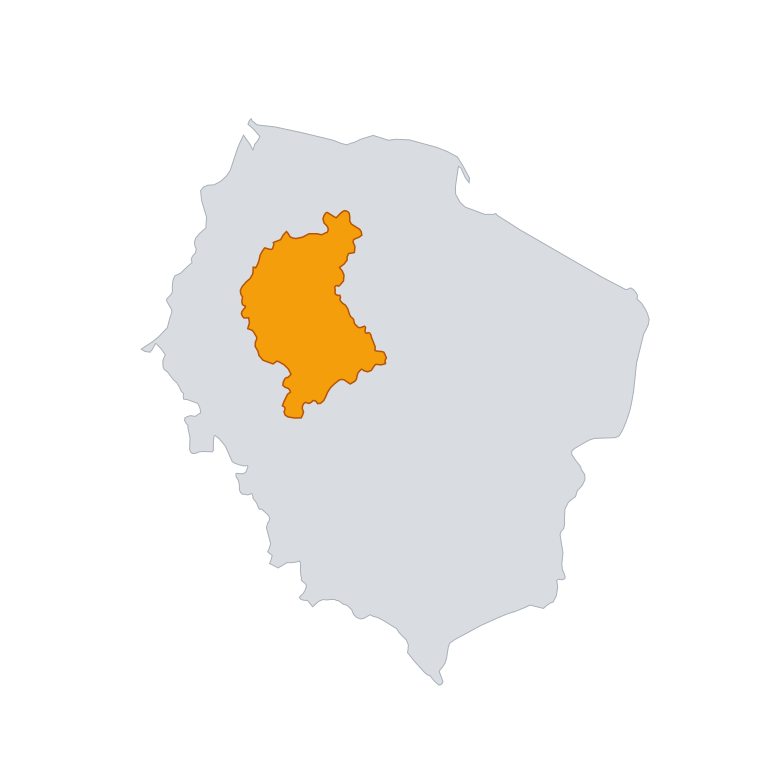 Greater Poland on a map of Poland (Albers equal-area conic projection), rotated 30°
{"feature_id": "POL-3144", "entity_name": "Greater Poland", "entity_type": "Voivodeship", "adm_level": 1, "iso_a3": "POL", "parent_name": "Poland", "parent_adm1": "", "projection": "albers", "projection_center": [17.345, 52.331], "detail": "fine", "context": "in_parent", "style": "filled", "palette": "amber", "viewbox_px": 768, "rotation_deg": 30, "n_neighbors": 0, "source": "natural_earth", "source_scale": "10m", "svg_char_len": 6424}
<svg xmlns="http://www.w3.org/2000/svg" viewBox="0 0 768 768"><g transform="rotate(30 384 384)"><path d="M607.3,409.7L610.5,415.1L611.9,419.5L611.1,423.0L611.8,426.5L623.3,440.6L628.1,451.2L631.0,455.2L637.2,460.2L637.9,462.4L635.8,464.7L632.6,465.9L631.8,467.9L635.8,472.7L639.1,481.1L639.5,488.2L637.7,490.2L635.6,494.6L634.3,498.6L620.9,502.5L618.0,506.9L611.2,515.5L606.5,520.5L599.6,529.4L588.7,544.6L573.1,569.9L570.5,575.6L571.4,580.1L575.4,590.5L576.4,595.2L576.2,599.7L575.4,603.7L575.7,605.5L583.8,612.2L584.2,613.7L583.7,615.7L582.2,617.3L576.3,616.2L569.5,613.6L567.3,614.2L563.8,613.7L548.8,608.8L538.7,604.9L537.6,601.9L535.5,597.7L531.1,594.4L521.4,591.8L517.4,589.6L501.9,589.1L495.2,589.4L490.5,590.7L487.4,590.7L483.6,597.3L480.8,599.4L476.6,599.8L472.8,598.8L468.9,595.6L462.8,594.1L458.5,595.1L455.2,594.5L452.4,594.5L451.5,595.2L449.3,595.2L446.1,596.9L442.7,599.4L438.8,601.3L436.0,605.1L433.6,612.6L425.9,609.6L423.4,611.1L419.8,612.1L417.3,611.2L417.8,608.7L418.8,605.8L418.7,601.8L417.8,597.5L415.4,596.1L411.9,595.7L410.0,594.9L409.8,593.4L407.9,591.6L404.7,587.0L401.6,581.2L399.5,579.5L396.6,582.4L392.2,585.7L389.5,586.9L384.3,596.2L374.7,596.7L374.0,592.4L372.9,588.4L367.2,587.5L367.0,585.0L365.7,579.0L354.2,567.4L352.7,562.5L353.1,560.6L352.3,557.5L349.8,555.6L340.9,553.5L338.6,554.8L336.6,553.5L333.3,550.8L327.7,548.5L327.0,547.3L325.0,545.3L323.9,545.1L323.2,546.3L321.6,548.1L315.8,550.3L313.5,549.4L311.4,547.5L309.0,543.4L305.5,539.8L302.7,538.6L301.1,536.7L300.7,535.2L307.0,532.2L308.4,529.1L307.5,523.6L306.6,522.9L304.1,524.8L298.8,526.5L294.0,527.2L291.5,527.2L277.7,517.1L268.8,513.9L263.5,513.0L262.9,514.0L265.3,519.7L269.4,526.8L269.2,528.6L261.4,532.7L258.0,535.1L255.2,538.5L252.7,540.0L250.6,539.6L248.4,537.9L242.8,527.5L235.7,519.5L234.9,517.7L232.6,517.2L229.5,515.3L228.5,512.9L230.1,510.4L232.3,508.1L236.2,506.7L237.4,505.4L238.1,503.4L239.6,500.8L239.2,499.8L236.5,496.8L232.5,493.9L221.2,495.9L218.1,497.3L216.4,495.3L215.1,492.4L212.3,491.8L208.5,489.1L203.9,486.5L199.4,485.6L190.2,481.7L186.6,481.4L184.5,480.1L182.5,477.2L180.7,474.1L179.9,467.9L173.2,464.9L166.4,462.9L165.9,463.8L166.0,470.1L165.5,473.4L160.9,475.3L156.4,475.3L156.7,474.3L162.4,463.2L165.1,456.2L168.2,443.4L165.3,433.1L164.5,428.3L163.1,425.9L154.0,420.6L153.4,418.9L155.0,412.2L154.4,409.3L152.3,406.2L149.6,400.2L148.7,395.1L152.6,389.3L155.5,379.0L157.1,374.9L154.7,372.5L154.2,369.2L155.1,364.5L153.9,361.0L150.8,358.6L148.8,355.5L148.0,351.7L149.0,345.9L151.7,338.0L146.9,328.2L134.4,316.4L128.5,308.3L129.2,303.8L132.1,299.9L137.2,296.5L141.2,290.2L143.6,282.6L144.0,275.7L139.3,253.0L138.6,247.4L137.9,238.7L148.9,243.9L153.4,246.8L153.0,243.8L152.1,241.2L152.9,237.4L152.8,231.7L142.9,228.3L136.3,227.1L135.7,223.1L136.4,220.6L138.2,222.1L144.7,223.0L161.0,215.9L188.9,206.9L218.5,198.2L225.4,197.3L232.3,195.5L234.9,192.0L237.4,189.7L241.5,183.6L250.4,174.1L266.0,170.7L271.8,166.2L283.9,159.9L311.4,152.7L322.9,151.0L334.1,150.7L344.2,156.2L355.0,162.9L357.0,167.1L351.2,164.6L342.7,158.5L339.6,158.3L347.1,177.2L351.1,183.8L359.2,188.7L365.9,190.2L386.5,186.7L393.7,182.5L395.7,180.4L397.6,181.3L424.7,182.5L518.6,182.5L545.5,181.4L547.1,180.8L549.6,177.4L553.0,177.5L557.1,179.2L559.1,180.5L560.0,182.2L560.6,184.0L562.8,184.3L566.9,185.4L572.5,188.3L577.0,191.3L581.4,195.6L583.2,200.7L583.8,206.7L583.8,210.6L592.2,239.5L603.8,265.5L608.4,278.2L610.4,285.0L612.4,294.9L613.4,301.9L613.7,305.9L613.5,311.4L611.0,314.9L593.7,325.7L590.5,328.9L585.8,336.5L581.4,344.3L580.5,347.0L580.3,348.6L581.6,351.0L588.4,354.4L595.3,357.1L597.6,359.3L602.8,361.9L604.8,364.5L605.9,366.8L606.4,372.3L604.8,380.1L606.2,385.8L604.3,389.8L602.8,394.3L603.2,401.8L607.3,409.7Z" fill="#d9dde1" stroke="#a8b0b8" stroke-width="1"/><path d="M373.0,360.1L373.1,362.7L374.1,364.8L374.9,365.0L375.0,365.8L372.0,368.8L367.0,371.1L366.5,373.4L366.2,378.6L363.7,381.6L360.3,382.5L358.6,382.3L357.0,382.5L356.3,385.0L356.0,387.9L356.7,390.7L357.7,393.4L357.5,396.0L355.1,400.3L354.6,400.9L347.2,400.3L344.3,401.7L343.0,403.5L340.8,409.2L339.5,414.2L339.3,419.7L339.9,424.2L340.1,428.5L338.7,432.5L336.3,434.2L333.5,432.9L330.9,433.7L330.1,436.3L328.8,438.4L325.1,439.2L324.3,441.1L324.4,443.7L325.4,446.0L328.4,448.6L328.9,450.8L329.3,454.7L323.5,458.2L317.4,460.5L314.1,460.4L311.4,458.2L311.1,456.2L310.4,454.4L308.7,453.6L306.9,453.7L306.2,449.6L305.6,441.2L307.0,437.7L305.1,436.2L303.2,435.7L300.0,436.3L297.0,435.7L295.8,432.6L295.5,429.1L296.2,427.3L297.4,426.5L298.1,424.5L298.6,422.1L293.6,418.8L287.9,417.3L281.9,417.3L279.8,417.7L277.9,422.1L267.3,423.9L261.4,421.8L258.6,418.7L253.7,415.9L251.6,411.9L251.4,409.3L250.5,407.2L244.8,404.0L242.8,403.4L238.3,404.2L236.8,398.1L233.6,394.4L229.8,396.8L227.5,396.1L225.4,394.5L224.7,392.3L225.0,389.5L225.4,387.9L225.4,386.3L224.6,385.7L223.7,386.1L221.8,386.0L220.0,384.2L218.9,382.0L218.1,379.5L215.3,377.9L214.0,376.5L212.8,374.7L212.5,372.1L212.6,369.3L213.2,366.9L213.3,365.7L213.6,364.5L215.3,359.7L215.3,354.6L214.4,352.2L212.3,348.3L213.4,347.6L214.8,347.6L214.8,345.2L214.5,342.2L213.9,339.3L212.3,334.4L212.2,329.8L212.4,328.1L212.5,326.2L212.9,325.5L213.6,325.6L218.4,324.2L219.3,323.6L219.8,322.3L218.8,318.2L217.4,316.8L222.3,310.7L222.2,305.4L223.3,300.7L226.0,301.7L229.0,303.5L232.1,303.2L235.1,302.0L240.0,297.6L244.0,291.3L251.2,287.2L254.9,286.2L256.3,284.8L257.5,282.8L259.0,280.9L258.7,278.5L257.2,276.6L255.4,275.6L251.7,274.6L248.6,271.6L247.9,268.6L247.9,265.4L249.0,263.8L258.0,264.1L259.5,263.9L260.8,258.6L261.7,255.9L263.0,253.7L264.8,253.0L266.6,252.9L268.5,253.5L270.8,256.4L272.8,260.0L275.7,261.8L285.6,262.2L288.2,263.6L290.4,266.2L289.0,269.3L285.5,273.9L286.1,276.4L290.2,279.6L292.6,285.0L288.1,288.8L288.5,292.3L290.1,295.2L289.4,300.3L287.2,305.4L291.2,306.9L294.9,309.7L297.4,315.1L296.3,320.9L295.7,322.0L294.9,322.3L294.1,322.2L293.2,322.9L292.9,325.0L294.7,326.7L295.5,328.7L296.5,330.2L298.5,330.6L300.5,330.0L301.4,329.2L302.9,330.5L303.3,331.6L303.6,332.9L304.0,333.4L304.5,333.7L307.7,334.8L311.2,335.0L315.0,337.0L320.1,341.6L321.9,342.5L323.7,342.7L325.4,343.3L326.9,345.1L328.5,346.6L333.6,347.9L335.3,347.1L338.2,343.7L339.2,343.9L339.9,344.4L340.3,345.9L340.9,347.2L341.9,348.6L343.1,349.0L343.9,348.5L344.3,347.6L345.2,347.2L346.2,347.1L347.9,347.9L349.5,349.6L357.9,356.3L359.3,359.4L361.1,359.2L366.3,356.8L368.1,356.6L373.0,360.1Z" fill="#f59e0b" stroke="#b45309" stroke-width="1.5"/></g></svg>